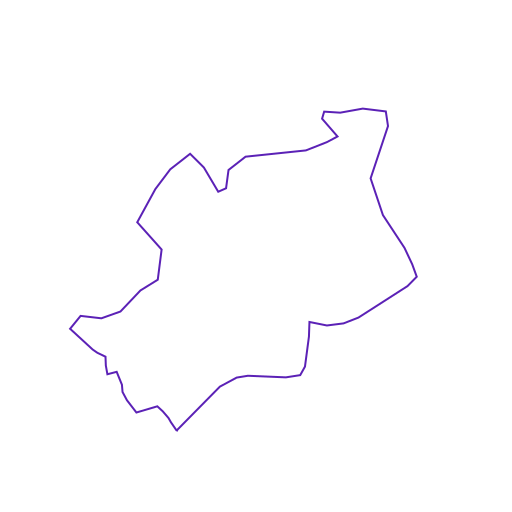 map outline of Kraslavas (Mercator projection), rotated 322°
{"feature_id": "LVA-1064", "entity_name": "Kraslavas", "entity_type": "Municipality", "adm_level": 1, "iso_a3": "LVA", "parent_name": "Latvia", "parent_adm1": "", "projection": "mercator", "projection_center": [27.268, 55.934], "detail": "fine", "context": "isolated", "style": "outline", "palette": "violet", "viewbox_px": 512, "rotation_deg": 322, "n_neighbors": 0, "source": "natural_earth", "source_scale": "10m", "svg_char_len": 877}
<svg xmlns="http://www.w3.org/2000/svg" viewBox="0 0 512 512"><g transform="rotate(322 256 256)"><path d="M447.3,222.0L440.0,234.9L394.1,265.4L381.2,301.9L378.0,341.1L374.0,358.7L369.9,371.3L356.9,373.0L298.8,367.6L283.5,363.0L269.1,354.4L257.5,340.9L248.1,352.1L226.5,373.3L217.5,377.1L204.8,370.0L175.9,345.4L165.9,339.9L147.1,336.7L87.1,344.5L86.4,344.9L86.2,344.6L86.0,344.3L86.6,334.6L87.3,329.8L86.9,321.0L85.7,313.7L65.4,305.7L65.5,290.2L67.1,281.0L71.1,274.9L74.9,261.5L66.1,257.7L70.2,249.9L75.4,242.7L71.4,234.6L69.7,229.1L64.7,198.9L80.9,195.2L95.8,209.9L115.0,216.3L143.7,212.0L164.0,214.2L185.6,192.8L183.2,156.3L217.9,141.3L241.8,134.9L267.0,134.9L269.4,154.2L265.8,182.1L274.1,184.2L287.3,171.3L308.9,171.3L360.3,203.5L381.9,209.9L393.8,212.0L392.6,188.5L398.6,184.2L410.6,194.9L430.9,205.6L447.3,222.0Z" fill="none" stroke="#5b21b6" stroke-width="2"/></g></svg>